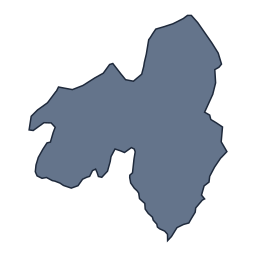 Mbam-et-Inoubou, Centre, Cameroon
{"feature_id": "32672807B45233775776188", "entity_name": "Mbam-et-Inoubou", "entity_type": "district", "adm_level": 2, "iso_a3": "CMR", "parent_name": "Cameroon", "parent_adm1": "Centre", "projection": "robinson", "projection_center": [10.919, 4.718], "detail": "fine", "context": "isolated", "style": "filled", "palette": "slate", "viewbox_px": 256, "rotation_deg": 0, "n_neighbors": 0, "source": "geoboundaries", "source_scale": "gbopen_adm2", "svg_char_len": 1645}
<svg xmlns="http://www.w3.org/2000/svg" viewBox="0 0 256 256"><path d="M204.6,198.9L201.5,195.1L204.1,185.9L209.0,182.1L209.7,176.3L214.6,167.0L215.5,165.7L220.7,158.0L221.3,157.5L226.9,151.6L221.2,141.8L222.5,127.0L216.4,122.9L210.8,119.5L209.7,115.1L204.6,112.2L212.8,94.2L213.0,93.3L215.6,82.9L214.8,69.6L218.9,67.3L219.5,66.6L221.5,64.1L218.2,53.1L212.0,43.2L211.4,42.3L198.4,23.6L197.7,22.6L191.3,15.4L187.5,15.4L184.4,17.7L183.4,18.5L172.9,23.8L165.8,26.1L165.0,26.4L155.8,29.1L153.7,32.2L152.5,34.0L150.4,37.4L148.7,39.7L146.3,54.2L144.4,62.2L143.7,66.5L141.7,74.2L133.4,81.2L125.6,79.7L120.7,73.7L112.8,63.5L109.6,64.5L103.3,73.2L95.0,77.8L82.9,85.5L72.4,89.6L64.2,88.1L58.5,87.0L56.5,91.0L55.9,91.6L47.5,102.8L37.6,109.9L31.2,116.3L29.1,129.9L33.2,130.5L43.9,122.7L51.1,122.9L55.2,127.3L53.2,132.5L50.4,142.1L47.0,142.9L42.9,149.2L38.3,157.4L36.0,165.0L35.3,171.7L35.7,172.7L37.1,175.9L42.0,178.3L46.5,177.5L52.3,180.6L54.8,181.1L57.4,182.1L60.0,183.1L63.1,185.2L63.9,185.6L71.3,188.1L78.0,185.7L82.6,179.2L86.2,177.5L86.9,177.2L89.6,176.4L92.5,170.6L95.6,169.1L97.1,172.5L98.4,176.5L101.8,177.3L107.5,171.2L110.2,161.5L111.0,156.6L115.0,149.0L120.4,150.8L124.5,152.5L131.4,147.6L134.2,149.0L135.2,151.8L134.0,159.1L132.5,172.8L129.8,175.2L129.7,177.5L130.7,183.0L134.3,188.2L137.1,190.8L138.7,193.1L139.5,198.6L142.4,201.3L144.8,203.4L145.2,209.1L148.3,213.5L152.4,217.1L153.2,220.1L154.5,221.6L156.8,224.1L157.4,227.0L159.6,228.8L164.7,231.1L167.5,234.3L167.6,240.6L171.4,236.6L177.0,227.6L183.6,224.4L188.8,223.0L191.3,218.6L195.2,212.2L195.7,207.9L202.3,200.1L204.6,198.9Z" fill="#64748b" stroke="#1e293b" stroke-width="1.5"/></svg>